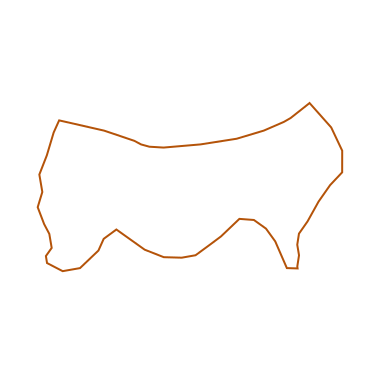 outline of Junghwa, P'yŏngyang, North Korea, rotated 170°
{"feature_id": "82179303B90038198338897", "entity_name": "Junghwa", "entity_type": "district", "adm_level": 2, "iso_a3": "PRK", "parent_name": "North Korea", "parent_adm1": "P'yŏngyang", "projection": "robinson", "projection_center": [125.791, 38.876], "detail": "fine", "context": "isolated", "style": "outline", "palette": "amber", "viewbox_px": 384, "rotation_deg": 170, "n_neighbors": 0, "source": "geoboundaries", "source_scale": "gbopen_adm2", "svg_char_len": 764}
<svg xmlns="http://www.w3.org/2000/svg" viewBox="0 0 384 384"><g transform="rotate(170 192 192)"><path d="M310.4,285.6L317.9,274.6L328.6,253.3L339.3,235.7L339.4,218.0L346.6,203.8L343.2,186.1L339.8,175.5L339.9,161.3L347.0,154.3L347.1,147.2L333.1,136.5L315.5,136.5L294.3,150.6L287.1,161.2L273.0,168.2L248.6,143.4L231.1,132.7L213.5,129.1L199.5,129.1L185.3,136.1L171.2,143.2L150.0,157.3L135.9,153.7L125.5,143.1L118.6,128.9L111.8,100.6L101.3,98.4L101.2,100.5L97.6,111.1L97.5,121.8L93.9,132.4L83.3,143.0L69.0,160.6L54.8,174.8L40.7,185.3L36.9,206.6L43.7,231.4L60.8,259.2L61.1,259.0L82.1,247.7L89.3,245.1L110.6,240.0L138.8,236.7L175.4,237.4L212.3,240.7L226.1,244.0L233.9,247.7L239.9,252.4L267.9,267.7L310.4,285.6Z" fill="none" stroke="#b45309" stroke-width="2"/></g></svg>